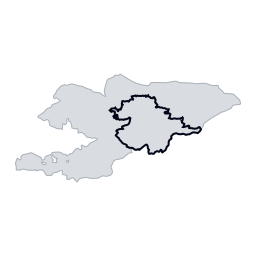 Naryn on a map of Kyrgyzstan (Albers equal-area conic projection)
{"feature_id": "KGZ-1118", "entity_name": "Naryn", "entity_type": "Region", "adm_level": 1, "iso_a3": "KGZ", "parent_name": "Kyrgyzstan", "parent_adm1": "", "projection": "albers", "projection_center": [75.468, 41.376], "detail": "fine", "context": "in_parent", "style": "outline", "palette": "ink", "viewbox_px": 256, "rotation_deg": 0, "n_neighbors": 0, "source": "natural_earth", "source_scale": "10m", "svg_char_len": 9159}
<svg xmlns="http://www.w3.org/2000/svg" viewBox="0 0 256 256"><path d="M51.9,152.9L52.6,152.5L54.7,152.2L59.1,152.0L60.5,152.4L63.4,154.3L65.7,154.2L66.1,154.4L66.9,156.0L70.2,153.9L72.5,153.3L73.7,151.2L76.3,148.6L78.4,148.3L78.4,148.7L78.8,149.1L80.9,149.8L81.5,149.1L81.9,148.2L81.2,146.6L81.2,146.0L82.0,145.1L85.3,146.6L86.1,146.6L87.6,145.9L89.1,144.5L89.6,143.4L96.7,139.9L97.2,139.3L97.1,138.8L94.2,137.8L92.9,138.3L91.7,138.2L91.0,137.7L87.5,137.4L86.7,137.0L84.5,134.2L81.6,132.5L80.2,132.5L78.5,133.1L78.0,132.8L78.0,130.3L77.7,128.8L76.7,128.4L75.4,129.0L71.9,128.0L71.6,124.8L70.4,122.0L68.6,120.9L68.6,119.2L68.0,118.5L67.4,118.6L66.7,119.4L66.9,121.3L66.6,123.1L66.1,124.0L65.3,124.7L64.4,124.6L62.8,123.6L62.3,129.2L62.0,129.5L60.1,128.6L58.5,128.9L56.3,128.4L54.6,127.4L51.3,126.2L49.8,125.1L49.0,121.3L48.1,120.0L47.3,119.6L43.7,120.7L40.2,118.2L38.4,117.6L37.9,116.9L38.1,116.1L43.8,112.3L46.2,109.5L47.6,108.4L51.1,107.3L52.1,104.8L52.4,104.5L55.9,103.4L60.0,101.3L60.1,100.7L59.7,100.1L56.3,97.8L54.5,98.7L53.5,97.4L53.5,96.2L54.8,94.1L55.9,93.1L56.4,91.0L57.9,89.7L59.4,87.6L61.3,85.9L64.6,84.7L66.4,85.3L68.2,85.0L70.9,84.0L72.5,84.0L79.3,86.0L81.5,86.1L86.8,88.5L90.9,89.7L92.9,91.8L99.5,92.9L101.3,93.6L102.0,94.6L103.8,95.9L105.5,96.3L104.2,91.2L104.8,88.3L107.1,80.3L108.2,79.1L113.7,76.9L114.9,75.2L118.8,75.3L119.6,75.0L120.1,74.1L132.0,81.3L136.5,83.3L142.8,85.1L148.2,85.8L149.1,85.3L151.2,82.5L152.2,82.4L165.5,82.8L174.9,81.2L176.3,81.3L179.8,82.7L191.0,83.0L195.5,83.8L202.4,83.3L205.4,83.3L210.7,85.1L212.6,85.5L216.1,85.6L217.4,85.3L218.2,85.7L219.0,88.2L222.5,91.2L223.7,92.9L225.0,93.5L231.3,93.8L233.6,94.3L239.7,100.0L240.6,103.5L240.1,104.3L234.0,105.1L232.6,105.7L231.2,108.3L223.1,111.9L221.9,111.9L211.0,118.4L203.5,123.8L203.3,126.2L198.9,131.9L195.5,132.7L192.7,132.6L187.9,134.4L181.9,134.0L179.8,134.1L175.8,133.4L174.2,133.9L172.5,135.0L170.2,139.5L169.3,140.6L168.8,141.6L168.5,143.7L167.6,146.0L165.7,149.5L164.0,151.2L162.4,152.2L161.1,150.1L159.0,151.6L157.1,151.3L155.9,151.7L153.2,153.6L149.2,153.5L148.7,152.9L147.9,147.8L147.2,145.4L146.6,144.9L145.9,144.8L140.2,148.8L137.5,149.5L135.3,149.6L132.5,148.4L131.8,148.7L131.3,149.3L131.1,150.2L132.0,152.4L131.7,152.9L130.4,152.8L128.6,153.3L123.0,158.0L119.5,159.1L116.3,159.6L114.3,160.4L113.2,162.1L111.0,166.9L111.0,167.9L111.9,169.2L112.5,172.1L112.3,172.9L110.5,175.3L108.3,175.9L106.5,176.3L103.2,175.9L101.4,176.3L98.2,178.1L95.6,178.4L90.6,178.3L85.8,177.4L84.2,177.6L79.8,178.5L78.3,180.2L77.5,181.7L77.0,181.9L75.4,180.4L73.3,177.9L72.2,177.9L68.2,179.7L67.7,179.6L66.6,178.8L66.9,175.7L65.7,175.0L63.0,174.7L62.2,174.0L62.6,172.0L62.3,171.2L61.6,170.6L60.3,170.7L57.4,172.2L54.2,172.7L53.1,173.1L51.7,175.3L47.4,175.5L46.0,174.9L43.6,170.7L41.5,170.0L39.2,170.0L36.1,170.9L35.4,169.9L34.6,169.7L33.8,170.3L30.1,170.2L26.3,169.9L24.1,169.2L22.7,169.2L19.8,170.1L16.3,170.0L16.2,166.2L15.4,163.6L16.7,159.4L17.4,158.1L19.8,159.9L20.8,159.7L21.1,158.9L20.8,156.9L22.2,155.0L31.4,152.7L41.1,157.5L42.3,160.2L43.2,160.1L44.6,159.0L45.2,156.8L47.2,155.6L51.6,154.3L51.9,152.9ZM56.5,162.5L56.7,162.1L56.1,160.1L57.2,158.3L55.2,157.9L54.2,157.3L53.1,155.4L52.7,155.3L52.1,155.8L51.7,157.0L51.9,158.3L53.3,159.7L52.5,162.2L55.5,162.7L56.5,162.5ZM46.0,163.8L45.9,163.2L45.3,162.9L41.5,162.0L41.6,162.5L43.0,164.6L44.1,164.7L46.0,163.8ZM68.5,161.5L68.7,160.3L66.5,160.9L66.2,161.5L66.9,162.3L67.9,162.6L68.5,161.5Z" fill="#d9dde1" stroke="#a8b0b8" stroke-width="1"/><path d="M201.0,129.2L200.5,130.3L200.2,130.7L200.0,131.1L198.0,132.9L197.6,133.1L197.2,133.0L196.4,132.7L193.7,132.4L193.0,132.4L192.3,132.7L189.6,134.2L189.3,134.3L189.0,134.3L187.9,134.3L186.4,134.8L185.8,134.8L184.0,134.0L182.9,133.8L182.2,133.9L181.0,134.3L178.5,134.1L177.9,133.9L176.8,133.4L176.2,133.3L174.0,133.8L173.2,134.2L172.7,134.7L172.4,135.2L171.7,135.7L171.4,136.1L171.2,136.6L171.2,137.1L171.4,137.6L171.5,138.2L171.3,138.7L171.0,139.1L170.2,139.5L169.5,140.1L169.0,141.0L168.7,141.9L168.6,144.7L168.5,145.1L168.3,145.5L167.2,146.4L166.7,147.2L166.0,149.1L165.6,149.9L165.0,150.5L163.3,151.6L162.6,152.3L162.3,152.4L162.0,152.1L161.6,150.4L161.4,150.0L160.8,149.8L160.2,150.5L159.6,151.4L158.9,151.8L158.5,151.7L157.8,151.3L157.4,151.2L156.9,151.2L155.0,152.1L154.8,152.5L154.5,153.0L154.2,153.4L153.8,153.7L153.4,153.8L152.9,153.8L151.6,153.4L151.1,153.4L150.7,153.5L149.7,153.9L149.3,153.9L148.9,153.5L148.7,153.1L148.4,151.9L148.4,151.4L148.5,150.8L149.0,150.1L148.9,149.6L148.7,149.3L148.2,148.8L147.9,148.4L147.8,147.9L147.7,146.4L147.3,145.3L146.7,144.7L146.0,144.7L145.1,145.2L140.6,148.8L139.9,149.1L139.8,149.5L139.6,149.8L139.2,149.9L138.5,149.4L138.1,149.2L137.6,149.3L136.6,149.8L136.0,149.9L135.3,149.7L134.5,149.4L132.8,148.1L132.3,147.9L131.9,147.9L131.8,148.0L131.3,147.8L129.7,147.8L129.3,147.8L129.0,147.7L128.6,147.2L127.1,146.9L126.8,146.7L126.7,146.6L126.9,146.0L126.9,145.5L126.7,145.1L126.5,144.9L126.2,144.7L123.4,143.6L123.0,143.4L122.2,142.7L121.8,142.3L121.3,141.5L119.9,140.0L119.4,139.6L119.2,138.8L119.0,138.3L118.3,137.9L116.1,135.8L115.8,135.3L117.6,133.1L117.9,132.7L116.4,131.2L116.6,130.4L116.8,130.2L117.4,130.2L117.6,130.1L117.9,129.7L118.6,129.5L119.2,129.1L120.2,129.1L121.9,128.8L122.7,129.1L123.1,128.9L122.9,128.6L122.3,127.6L122.0,126.9L122.0,126.7L122.3,126.4L123.9,125.9L124.8,125.4L126.7,125.1L128.2,124.4L129.1,123.3L129.2,123.0L129.5,122.3L129.9,120.7L130.1,119.2L130.4,118.4L130.4,118.2L129.6,117.6L129.2,117.6L128.8,118.1L128.6,118.3L126.0,119.3L125.7,119.4L125.1,119.2L124.7,119.2L124.5,119.3L124.1,119.7L123.7,119.9L123.4,119.9L122.9,119.6L121.8,119.5L120.8,119.5L120.3,119.6L119.7,119.9L118.9,119.3L118.6,119.2L118.2,119.1L117.8,119.1L117.2,119.3L116.7,119.3L116.3,119.1L115.8,118.6L115.4,118.4L114.9,117.9L114.5,117.7L114.1,117.8L113.7,116.8L113.5,116.5L113.4,116.3L114.0,115.8L114.3,115.7L115.2,115.8L115.6,115.9L116.0,116.1L116.3,116.5L116.4,117.1L116.3,117.7L116.4,117.9L116.7,118.1L117.3,118.3L117.6,118.4L117.8,118.3L117.5,115.9L117.4,115.4L117.3,115.0L116.5,114.8L115.6,114.7L114.9,114.5L114.8,114.4L114.9,112.4L114.9,112.0L114.7,111.6L113.8,111.2L113.1,111.5L112.6,111.1L111.8,110.8L111.9,111.1L111.8,111.4L111.5,111.7L111.3,111.8L111.1,111.7L110.7,111.4L110.2,110.8L109.8,110.4L109.7,110.3L109.8,110.2L110.3,110.1L110.5,110.0L110.8,109.6L111.2,108.9L111.4,108.6L113.8,108.4L114.1,108.4L114.5,108.3L115.3,107.6L115.5,108.0L115.7,108.4L116.1,108.9L116.3,109.3L116.5,109.5L116.8,109.7L117.0,109.7L117.6,109.5L117.8,109.6L117.9,109.8L117.8,110.6L117.8,110.9L117.9,111.2L118.1,111.2L118.3,111.0L118.5,110.1L118.8,109.7L119.5,109.3L120.2,109.7L120.6,109.6L120.8,109.4L120.9,109.2L121.0,109.0L121.0,108.6L121.0,108.2L121.7,107.4L121.8,107.2L121.7,106.3L121.9,105.9L122.0,105.6L122.3,105.3L122.7,104.9L122.8,104.8L122.6,104.5L122.4,104.4L121.9,104.3L121.9,104.0L121.8,103.7L122.3,101.2L122.6,101.1L123.1,101.1L123.9,101.2L124.4,101.5L128.0,101.0L128.4,101.0L128.6,101.1L128.7,101.5L128.9,101.5L130.2,99.7L130.6,99.5L132.2,99.4L132.9,99.6L133.0,99.6L133.1,99.2L133.0,98.9L132.1,97.4L131.7,96.4L131.9,96.3L134.8,95.8L135.1,95.7L135.3,95.5L135.7,95.6L136.2,96.3L136.9,96.0L137.2,95.7L137.5,95.6L138.3,95.9L141.4,96.0L142.2,95.8L142.4,95.6L142.7,95.6L143.7,96.0L143.9,96.0L145.4,95.6L145.8,95.5L146.0,95.7L146.1,95.9L146.1,96.7L146.5,96.6L147.5,95.9L147.9,95.5L148.2,95.3L148.3,95.6L148.6,96.6L149.3,96.8L150.2,97.2L150.4,97.4L150.8,98.1L152.5,98.2L152.8,98.1L153.1,97.8L153.4,97.2L153.7,97.2L154.3,97.3L154.6,97.6L154.7,97.9L154.8,98.7L154.8,98.8L155.2,99.1L155.4,99.4L155.6,99.9L155.6,100.2L155.2,101.3L155.1,102.0L155.2,102.3L155.7,102.5L155.8,102.6L155.9,102.8L155.8,103.2L155.9,103.4L156.0,103.5L156.9,104.1L157.3,104.6L157.3,104.8L157.3,105.2L157.2,105.5L157.1,105.8L156.5,106.4L156.1,106.7L155.9,106.9L155.8,107.2L155.9,107.3L156.0,107.4L156.3,107.5L156.6,107.5L158.2,107.0L158.8,106.8L159.2,107.0L159.7,107.4L160.2,107.6L161.2,107.4L162.1,107.6L162.6,107.9L163.2,108.2L164.8,108.2L165.1,108.3L166.8,109.1L167.4,109.4L167.9,109.5L168.5,109.2L168.8,109.3L168.4,110.2L168.2,110.8L168.1,111.4L168.0,111.6L167.9,111.7L167.3,111.8L166.0,111.7L165.4,111.8L164.9,112.1L164.6,112.7L165.0,113.1L165.1,113.4L165.2,113.5L167.9,113.5L168.3,113.5L168.7,113.2L169.3,113.4L169.8,113.6L170.3,114.0L170.4,114.3L170.3,114.9L169.9,115.7L169.8,116.1L169.7,116.7L169.6,117.0L169.0,118.1L168.9,118.2L169.0,118.3L169.9,118.1L170.0,118.1L170.4,118.3L170.6,118.7L170.7,118.8L171.9,118.9L172.4,118.9L172.8,118.8L173.4,118.5L173.9,118.4L175.3,118.5L176.5,118.8L180.1,118.6L180.6,118.4L181.2,118.0L182.2,117.7L182.5,117.4L182.9,117.9L182.8,119.1L182.7,119.7L182.3,120.7L182.0,120.9L181.6,120.8L181.9,121.7L182.0,122.6L182.3,122.8L183.4,123.3L184.1,123.7L184.3,123.9L184.4,124.0L184.3,124.3L183.9,124.9L183.9,125.4L183.6,126.4L183.1,127.0L183.8,127.1L187.1,126.1L187.8,125.8L188.7,125.7L189.0,125.8L189.2,126.0L189.3,126.1L189.3,126.4L189.0,127.0L188.9,127.3L188.9,127.6L189.0,127.9L189.1,128.0L189.3,128.1L189.5,128.1L191.5,128.1L194.1,128.7L195.6,128.6L196.5,128.5L197.0,128.4L197.9,127.8L198.7,127.3L199.0,127.1L199.4,127.2L199.8,127.4L199.9,127.6L200.4,128.7L200.6,128.9L201.0,129.2Z" fill="none" stroke="#020617" stroke-width="2"/></svg>